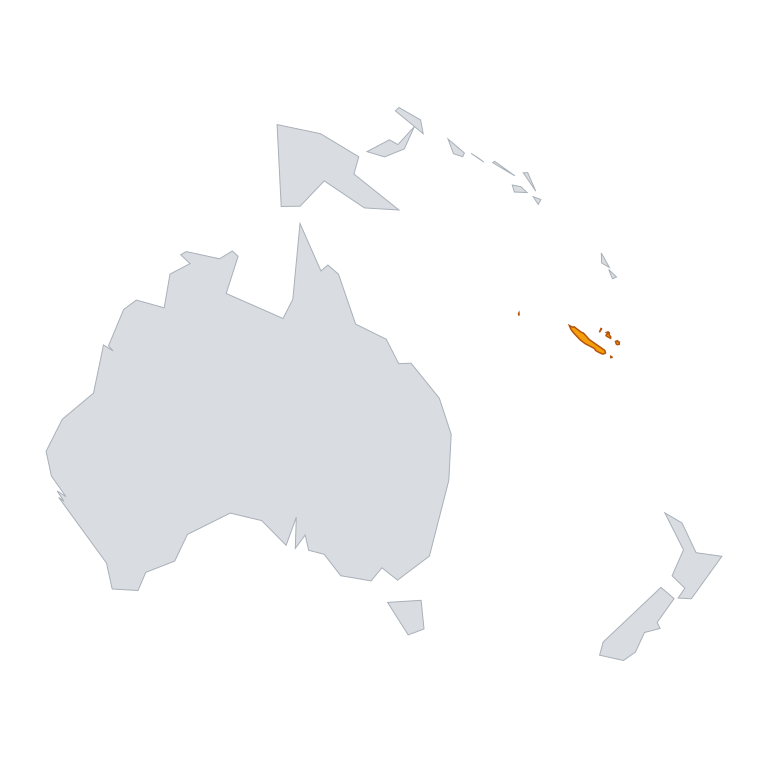 New Caledonia on a map of Oceania (orthographic projection)
{"feature_id": "NCL", "entity_name": "New Caledonia", "entity_type": "country or territory", "adm_level": 0, "iso_a3": "NCL", "parent_name": "Oceania", "parent_adm1": "", "projection": "orthographic", "projection_center": [166.029, -20.888], "detail": "coarse", "context": "in_parent", "style": "filled", "palette": "amber", "viewbox_px": 768, "rotation_deg": 0, "n_neighbors": 5, "source": "natural_earth", "source_scale": "50m", "svg_char_len": 2681}
<svg xmlns="http://www.w3.org/2000/svg" viewBox="0 0 768 768"><path d="M277.1,124.6L320.5,133.7L358.8,156.8L353.9,174.0L398.9,210.0L364.4,207.9L324.2,180.9L300.1,206.2L281.2,206.5L277.1,124.6ZM420.6,120.0L423.2,133.7L395.4,110.9L398.9,107.5L420.6,120.0ZM404.3,148.9L384.5,156.9L367.0,151.6L389.4,139.8L397.9,144.6L414.3,126.7L404.3,148.9ZM448.0,139.0L464.4,153.0L462.7,156.7L453.5,153.7L448.0,139.0Z" fill="#d9dde1" stroke="#a8b0b8" stroke-width="1"/><path d="M608.7,269.5L616.5,277.0L612.4,278.7L608.7,269.5ZM609.4,267.5L601.6,262.9L601.3,253.0L609.4,267.5Z" fill="#d9dde1" stroke="#a8b0b8" stroke-width="1"/><path d="M540.9,199.6L538.2,204.4L533.2,196.7L540.9,199.6ZM527.7,172.7L535.8,191.2L523.3,172.8L527.7,172.7ZM527.1,192.6L514.3,192.0L512.3,185.0L520.8,186.7L527.1,192.6ZM494.6,161.3L514.9,175.9L492.7,162.7L494.6,161.3ZM478.8,158.3L484.0,162.2L471.1,153.4L478.8,158.3Z" fill="#d9dde1" stroke="#a8b0b8" stroke-width="1"/><path d="M721.9,556.3L691.3,598.8L678.1,598.0L684.9,588.2L672.1,575.8L683.5,549.8L664.8,512.8L682.0,523.0L696.1,552.7L721.9,556.3ZM603.1,642.1L660.9,587.4L674.1,598.6L657.1,622.5L660.1,628.4L644.5,632.5L635.4,652.1L623.4,660.5L599.6,655.2L603.1,642.1Z" fill="#d9dde1" stroke="#a8b0b8" stroke-width="1"/><path d="M387.6,602.4L421.1,600.3L424.0,628.9L408.2,634.9L387.6,602.4ZM187.4,534.4L174.7,561.1L145.8,572.3L138.0,590.5L112.2,589.0L106.5,563.1L58.7,497.4L63.9,501.2L57.2,491.0L66.0,496.7L51.4,476.0L46.1,451.3L62.3,419.2L93.5,393.1L103.5,345.0L113.0,350.9L108.5,345.9L123.7,309.4L136.3,300.1L164.2,307.8L170.0,274.1L190.0,263.6L180.7,254.8L186.2,251.6L219.6,258.8L232.3,251.0L238.1,256.3L226.2,293.5L283.0,318.5L292.8,299.4L300.0,223.5L320.9,270.9L327.9,265.0L338.5,274.2L355.6,324.1L386.3,339.3L398.7,363.7L411.0,363.2L439.3,398.2L451.2,434.4L448.8,480.4L429.4,556.1L397.5,580.1L381.9,567.8L371.1,580.9L340.7,575.7L324.2,554.3L308.7,550.3L305.2,535.0L295.3,548.3L296.3,517.2L286.1,545.3L261.7,520.6L230.1,513.1L187.4,534.4Z" fill="#d9dde1" stroke="#a8b0b8" stroke-width="1"/><path d="M569.3,325.5L572.7,327.2L574.2,326.8L580.9,332.0L583.5,333.1L589.3,339.6L604.8,350.4L605.5,352.6L605.1,353.4L602.7,354.1L599.1,352.5L595.5,350.4L594.6,348.6L585.2,343.7L580.3,340.0L573.5,332.8L571.0,329.5L569.3,325.5ZM610.5,338.3L606.5,336.1L606.0,335.1L607.9,333.6L606.3,332.5L608.1,331.9L609.3,332.7L609.2,334.8L610.8,336.9L610.5,338.3ZM617.9,341.9L619.4,342.1L619.2,344.3L617.3,344.7L616.2,343.9L615.5,341.4L617.6,340.7L617.9,341.9ZM601.6,328.9L599.4,332.3L601.0,328.5L601.6,328.9ZM612.0,357.4L610.8,357.6L610.8,356.3L611.9,356.9L612.0,357.4ZM518.9,315.5L518.5,313.7L518.9,312.9L519.1,314.5L518.9,315.5Z" fill="#f59e0b" stroke="#b45309" stroke-width="1.5"/></svg>